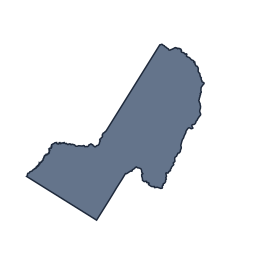 outline of Mohave, Arizona, United States of America, rotated 212°
{"feature_id": "52423323B36780146179485", "entity_name": "Mohave", "entity_type": "district", "adm_level": 2, "iso_a3": "USA", "parent_name": "United States of America", "parent_adm1": "Arizona", "projection": "natural_earth1", "projection_center": [-113.558, 35.605], "detail": "fine", "context": "isolated", "style": "filled", "palette": "slate", "viewbox_px": 256, "rotation_deg": 212, "n_neighbors": 0, "source": "geoboundaries", "source_scale": "gbopen_adm2", "svg_char_len": 5535}
<svg xmlns="http://www.w3.org/2000/svg" viewBox="0 0 256 256"><g transform="rotate(212 128 128)"><path d="M105.8,33.2L105.8,56.6L105.9,67.2L106.0,71.1L105.9,81.5L106.0,88.0L105.2,88.3L104.8,88.9L103.0,92.9L102.4,93.0L101.8,93.6L101.8,94.0L102.1,94.3L102.2,94.7L101.0,97.1L100.9,98.3L100.4,99.2L100.1,99.5L99.4,99.3L98.8,99.3L98.0,99.7L96.8,100.1L95.4,100.2L94.7,99.8L93.9,99.2L93.1,98.0L91.2,97.1L91.3,96.6L91.8,96.1L91.6,95.5L90.5,94.0L90.0,93.8L88.6,92.3L88.1,91.4L86.3,91.1L85.7,91.2L85.1,91.9L84.0,92.6L83.7,92.3L83.4,91.7L83.1,91.7L82.8,91.7L81.8,92.4L81.0,92.4L80.8,92.2L80.9,91.3L80.5,90.9L77.2,90.8L75.8,91.5L74.7,92.3L74.4,92.2L74.1,91.6L73.9,91.5L72.4,92.7L72.0,93.2L69.6,93.8L68.2,94.1L67.6,94.6L67.1,95.2L67.2,95.7L67.8,96.3L68.2,97.2L68.1,97.4L67.9,97.8L67.9,98.4L68.0,98.6L68.3,98.7L68.5,99.0L68.4,99.7L67.8,100.5L67.7,102.2L67.9,102.8L68.5,103.7L68.6,104.1L68.4,104.9L69.7,106.0L69.6,107.1L70.1,107.8L71.9,109.6L71.8,110.3L71.1,110.4L70.2,111.0L70.1,111.8L70.3,112.6L69.9,113.7L69.5,114.0L69.4,114.3L70.1,115.4L70.0,116.8L70.3,117.7L70.2,119.2L69.8,120.9L70.0,121.4L71.0,122.2L71.1,122.5L71.0,123.0L70.6,123.9L70.6,124.8L71.3,125.5L72.3,127.0L72.6,127.6L72.5,128.5L71.9,129.8L72.1,130.8L72.1,132.0L72.4,132.8L72.0,133.4L71.5,133.9L71.3,134.2L71.2,135.1L71.2,135.8L71.9,137.3L72.0,138.5L72.1,138.9L72.6,139.9L74.0,141.2L75.2,145.0L75.7,147.0L75.6,148.9L76.2,151.2L76.5,154.8L76.8,155.1L77.0,155.4L77.1,156.6L77.1,158.0L76.9,159.6L76.6,160.3L76.1,160.7L75.5,160.8L74.3,160.8L73.8,161.0L72.9,162.1L73.1,162.5L74.2,163.0L74.7,163.4L75.2,164.0L75.3,164.4L75.0,165.1L73.9,166.0L73.4,167.1L73.4,168.5L73.8,169.4L73.8,170.0L73.5,171.4L73.8,173.2L73.6,174.2L73.7,175.4L73.4,176.8L73.4,177.6L73.7,178.2L74.3,178.8L75.3,179.4L76.1,180.2L76.7,181.6L77.0,183.1L78.0,184.9L79.2,186.0L79.9,187.0L81.1,187.6L81.6,188.2L82.5,188.7L82.8,190.1L83.2,191.0L83.5,191.7L83.5,192.6L84.1,193.4L84.1,194.2L84.2,194.8L85.0,195.5L85.0,196.1L84.7,196.5L84.7,196.8L85.1,197.6L86.0,198.3L87.4,201.0L87.5,202.6L87.3,203.3L87.3,204.7L87.0,205.7L87.0,205.9L87.6,206.6L88.3,206.6L89.5,206.4L89.9,206.5L90.4,207.3L91.1,207.6L92.1,208.4L92.4,209.4L92.9,209.6L93.8,209.8L94.4,210.5L95.4,211.4L95.9,212.2L96.6,212.4L97.4,212.5L98.6,213.3L99.0,214.0L99.7,215.4L100.7,216.4L100.9,216.4L102.0,217.0L102.7,216.7L103.6,216.8L104.0,217.2L104.3,217.2L104.7,217.4L105.2,218.1L105.5,218.2L105.8,218.7L106.4,219.4L106.8,219.3L107.0,218.8L107.2,219.0L107.7,219.6L108.2,219.8L110.1,219.5L111.1,219.6L112.4,220.1L113.7,220.2L115.2,219.8L116.1,219.8L116.5,219.9L117.1,221.6L117.3,221.8L117.6,221.9L118.2,221.5L118.4,221.1L118.7,221.2L119.3,221.0L119.8,221.1L120.6,221.5L121.7,221.0L122.8,220.7L123.4,221.1L123.6,221.9L124.0,222.0L124.1,222.3L124.4,222.4L124.7,222.8L126.0,222.8L126.2,222.6L126.6,222.5L126.9,222.6L127.2,222.3L127.4,222.3L127.7,222.0L127.9,222.0L128.0,221.7L128.3,221.9L128.9,221.5L129.5,221.6L129.8,221.3L130.2,221.4L131.1,220.5L131.4,219.5L132.0,218.8L132.1,218.4L133.0,217.4L133.7,216.2L134.3,216.0L134.7,216.0L134.9,215.9L135.3,216.3L135.9,216.5L137.1,216.4L138.6,216.7L139.7,216.6L140.3,216.7L140.7,217.0L141.9,216.8L143.6,217.0L144.4,216.1L144.6,215.7L145.1,215.4L145.0,114.5L145.1,113.6L145.1,113.3L145.5,112.7L145.4,112.1L145.7,111.4L146.3,110.5L146.2,110.0L146.3,109.1L146.0,108.2L145.6,108.0L145.3,107.4L145.0,107.0L145.0,106.7L145.2,106.3L145.5,105.4L145.3,104.6L145.9,103.8L145.8,103.4L145.7,102.8L144.9,102.5L144.7,102.1L144.6,101.7L144.7,101.2L144.1,99.7L144.0,98.9L144.1,97.7L144.3,97.4L145.1,96.6L145.4,95.8L145.6,94.9L146.4,94.4L147.1,94.6L148.0,94.5L149.1,95.1L150.0,94.8L150.5,95.0L151.1,94.8L151.4,94.0L151.6,93.7L152.0,93.3L152.2,92.9L152.0,92.1L152.3,90.9L153.6,90.2L154.7,89.3L155.3,89.4L155.7,89.8L156.4,89.6L157.0,88.8L157.4,88.4L159.3,87.4L160.4,86.9L161.3,85.7L162.2,85.1L163.0,84.9L164.3,85.4L166.6,84.7L167.0,84.5L167.4,83.7L167.9,83.6L168.5,83.9L168.9,83.8L169.7,83.1L170.1,82.2L170.6,82.0L172.0,82.3L172.7,81.6L173.7,81.6L174.4,81.9L174.8,81.4L174.8,80.9L174.9,80.7L175.8,80.6L176.2,80.2L176.5,79.4L176.9,79.0L177.9,79.6L178.6,79.1L178.2,78.1L178.6,77.5L179.6,77.1L180.1,77.1L180.4,77.5L180.8,77.9L181.7,77.2L182.3,76.5L182.4,75.9L183.3,74.6L183.4,74.0L183.8,73.3L183.7,73.1L183.8,73.1L183.5,72.4L183.5,72.2L183.0,72.1L182.9,71.8L182.6,71.3L182.7,71.2L182.9,71.3L183.1,71.1L182.8,70.8L182.7,70.9L182.6,70.7L182.8,70.7L182.8,70.3L182.7,70.1L183.2,69.7L183.3,69.7L183.5,69.6L183.5,69.2L183.8,69.0L183.7,68.5L183.9,68.3L183.5,68.1L183.1,68.1L183.0,67.8L183.1,67.6L182.6,67.4L182.8,67.2L182.6,67.0L182.7,66.7L182.3,66.5L182.1,66.3L182.2,66.0L182.1,65.8L182.1,65.2L181.9,65.2L182.0,64.6L181.8,64.5L182.0,64.3L182.2,64.2L182.3,63.8L182.3,63.6L182.1,63.6L182.4,63.1L182.5,62.9L182.8,62.7L182.7,62.4L183.2,62.4L183.3,62.4L183.2,62.0L183.5,62.0L183.5,61.7L183.5,61.2L183.8,61.0L183.7,60.8L183.9,60.7L184.0,60.2L183.9,59.9L184.1,59.6L183.8,59.2L183.8,58.5L183.6,58.3L183.7,58.1L183.5,57.4L183.6,57.1L183.6,56.8L183.3,56.3L183.2,55.6L183.0,55.4L183.1,55.2L183.3,55.1L183.2,54.6L183.5,54.2L183.5,53.4L183.4,53.3L183.8,52.9L183.6,52.7L183.8,52.3L184.1,52.2L183.9,51.9L184.0,51.7L183.9,51.1L184.0,51.0L184.4,51.1L184.1,50.7L184.4,50.6L184.2,50.0L184.4,50.1L184.5,50.0L184.5,49.8L184.2,49.7L183.9,49.0L184.4,48.5L184.1,48.4L184.0,48.0L184.3,47.6L184.4,47.2L184.6,46.9L184.6,46.7L184.8,46.9L184.8,46.3L185.1,46.3L185.0,45.7L185.1,45.2L185.0,44.7L185.4,44.6L185.9,43.6L185.8,43.0L186.5,41.9L186.6,40.6L188.0,38.9L188.0,37.4L188.9,36.5L188.8,35.5L188.1,34.4L188.4,33.2L105.8,33.2Z" fill="#64748b" stroke="#1e293b" stroke-width="1.5"/></g></svg>